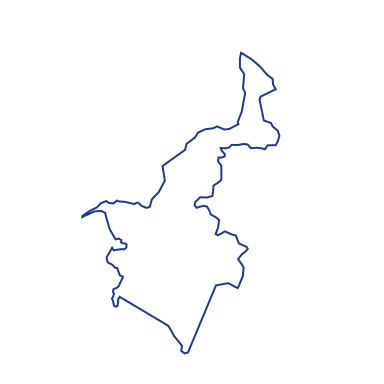 outline of Bambari, Ouaka, Central African Republic, rotated 298°
{"feature_id": "33826404B32260495393800", "entity_name": "Bambari", "entity_type": "district", "adm_level": 2, "iso_a3": "CAF", "parent_name": "Central African Republic", "parent_adm1": "Ouaka", "projection": "orthographic", "projection_center": [21.01, 5.752], "detail": "fine", "context": "isolated", "style": "outline", "palette": "blue", "viewbox_px": 384, "rotation_deg": 298, "n_neighbors": 0, "source": "geoboundaries", "source_scale": "gbopen_adm2", "svg_char_len": 2126}
<svg xmlns="http://www.w3.org/2000/svg" viewBox="0 0 384 384"><g transform="rotate(298 192 192)"><path d="M338.0,170.0L332.4,171.6L324.4,175.9L320.5,182.8L307.6,188.3L304.3,192.5L286.2,198.2L275.4,199.5L273.7,201.1L265.1,195.3L262.3,191.0L261.7,183.3L258.3,180.9L253.5,174.1L247.1,169.4L241.6,169.1L232.0,164.6L226.0,166.1L201.1,153.8L189.3,162.7L176.4,162.7L166.7,160.0L159.0,161.7L156.5,159.1L156.1,154.1L157.2,149.8L156.7,148.2L154.3,146.8L153.5,143.9L151.7,137.1L149.4,132.0L149.2,129.8L144.8,127.8L143.3,123.8L143.8,120.6L139.2,116.7L134.0,115.4L127.3,110.6L119.5,106.6L118.4,106.9L128.8,114.7L130.9,117.8L132.7,121.1L132.8,125.2L129.6,128.0L120.5,136.8L114.3,146.8L116.5,149.2L116.3,152.3L114.3,152.9L114.3,155.3L115.2,157.3L114.6,159.2L112.0,160.1L109.5,159.0L108.6,156.8L105.9,153.0L103.8,150.2L105.3,147.6L100.6,147.6L94.6,147.2L92.4,148.5L90.3,150.7L90.3,156.1L89.0,160.0L89.8,161.6L84.5,167.4L84.9,170.2L84.3,171.1L79.8,171.1L75.3,171.5L73.0,171.1L71.0,169.8L69.6,168.3L67.0,168.9L65.4,170.9L62.9,171.4L60.3,171.4L58.7,173.4L55.1,176.4L55.0,178.6L56.2,179.6L59.6,178.7L62.7,177.1L65.5,177.4L62.7,234.0L56.4,243.9L53.2,251.6L51.4,255.5L46.7,257.0L46.0,261.3L48.5,263.8L120.8,257.0L128.5,266.8L128.6,277.4L131.5,277.4L141.9,276.3L149.6,273.0L151.4,270.0L154.4,264.2L160.7,265.3L163.5,266.8L167.8,268.0L169.2,265.9L168.6,257.7L171.0,254.7L174.2,251.2L173.1,246.6L172.7,239.5L168.7,237.1L166.0,235.1L166.0,232.6L172.7,231.7L179.8,229.2L180.9,225.3L180.9,219.2L183.4,216.5L186.1,212.3L185.5,209.3L182.8,205.9L180.2,203.4L181.6,200.5L184.8,199.6L191.2,201.7L194.1,207.7L197.9,211.8L201.8,210.7L207.7,208.0L215.6,212.1L218.1,211.4L229.0,205.5L231.3,200.6L235.0,199.2L235.9,201.5L238.8,204.1L240.8,203.2L242.5,198.7L244.3,196.7L246.5,201.5L248.8,203.9L252.2,204.9L255.1,210.6L258.6,214.9L260.1,218.8L258.3,223.3L261.6,228.6L263.6,234.0L263.9,236.3L268.8,236.9L270.8,240.6L272.7,244.0L277.5,243.9L282.7,242.8L286.4,238.9L287.7,232.5L290.0,229.3L288.9,221.8L305.3,208.3L308.6,207.9L322.0,217.7L325.0,213.1L329.7,210.1L330.8,203.1L334.6,193.5L337.1,182.4L338.0,170.0Z" fill="none" stroke="#1e3a8a" stroke-width="2"/></g></svg>